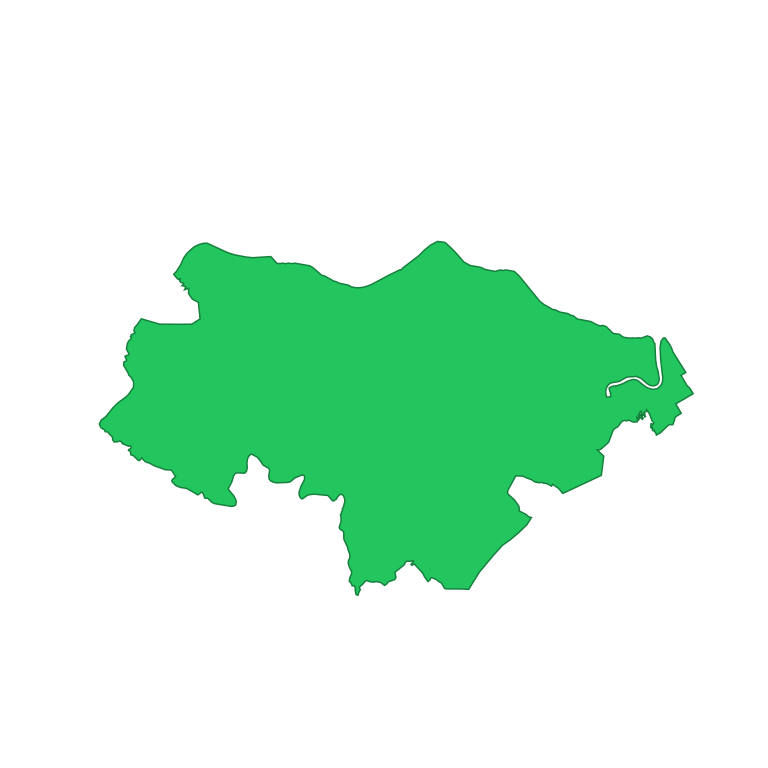 the district of Yangon (East), Yangon, Myanmar, rotated 237°
{"feature_id": "60261553B46723390806239", "entity_name": "Yangon (East)", "entity_type": "district", "adm_level": 2, "iso_a3": "MMR", "parent_name": "Myanmar", "parent_adm1": "Yangon", "projection": "orthographic", "projection_center": [96.224, 16.895], "detail": "fine", "context": "isolated", "style": "filled", "palette": "green", "viewbox_px": 768, "rotation_deg": 237, "n_neighbors": 0, "source": "geoboundaries", "source_scale": "gbopen_adm2", "svg_char_len": 6171}
<svg xmlns="http://www.w3.org/2000/svg" viewBox="0 0 768 768"><g transform="rotate(237 384 384)"><path d="M590.5,267.4L585.0,268.0L583.5,268.6L583.5,270.3L582.5,270.1L581.7,268.8L580.0,268.9L577.7,270.6L576.9,270.5L576.5,268.1L575.0,269.7L573.1,270.6L571.7,268.1L570.6,272.2L566.2,269.3L560.4,269.4L558.7,269.9L553.6,272.8L538.8,265.2L538.8,255.5L545.0,245.7L556.4,228.4L570.8,216.0L568.0,208.8L567.2,205.7L565.0,203.3L562.5,203.1L562.9,199.0L562.5,199.0L562.0,197.5L561.6,197.1L560.6,197.5L559.6,195.9L559.1,193.3L557.8,190.9L553.6,187.0L548.6,186.6L547.6,186.0L548.3,181.9L544.2,181.1L543.6,180.4L544.2,178.1L543.4,177.1L541.3,175.8L532.4,175.4L530.6,174.8L527.1,175.6L522.4,175.1L521.2,174.7L517.6,171.9L514.5,164.3L513.7,160.8L513.2,151.3L512.6,148.1L511.6,143.5L508.1,132.8L507.8,127.5L505.5,123.5L502.5,122.9L501.1,123.0L497.8,124.6L496.0,124.2L493.9,126.4L491.4,126.4L488.2,127.3L486.4,126.9L484.9,126.0L482.3,126.2L480.5,129.5L480.2,131.1L479.1,132.2L476.3,132.2L476.4,132.7L475.0,133.1L470.9,136.0L470.3,137.8L468.9,137.7L467.9,136.7L468.0,134.1L467.5,133.5L465.3,134.6L462.5,133.1L460.4,134.8L453.6,136.4L453.0,137.6L454.0,140.6L449.5,141.3L447.5,142.3L446.0,143.8L440.1,147.1L431.1,154.0L428.2,158.1L427.3,158.9L419.7,158.7L419.2,154.8L418.8,153.6L418.2,153.2L416.8,153.1L412.2,154.1L408.2,156.8L404.8,160.7L403.1,162.1L392.4,167.5L392.6,172.2L391.5,172.8L385.9,171.5L384.2,173.9L378.5,175.2L375.8,176.9L364.4,189.4L363.4,191.7L363.4,193.8L365.9,196.1L368.5,196.8L372.3,197.1L379.4,196.2L381.0,196.3L384.6,202.8L388.9,207.9L389.9,210.2L389.9,211.5L389.0,213.1L385.4,218.1L385.1,219.1L385.7,221.1L388.2,223.7L392.1,225.8L395.3,228.5L396.4,229.9L397.4,232.2L397.5,234.3L397.1,234.9L391.8,237.8L387.2,238.4L381.9,238.4L375.9,241.5L373.8,241.0L369.7,237.3L366.9,235.9L364.4,236.2L362.0,237.7L359.7,239.9L354.2,249.1L353.0,252.0L353.8,258.2L352.3,265.8L350.9,267.0L349.8,267.1L347.1,265.2L343.4,258.6L339.7,254.1L337.6,252.6L335.2,251.9L332.6,252.3L332.1,253.7L332.4,259.1L331.7,261.4L329.5,265.6L321.0,276.3L314.0,277.2L313.3,278.4L313.4,281.3L314.6,283.4L315.2,286.1L315.1,287.8L312.7,289.3L308.4,288.2L306.1,286.4L303.0,283.0L301.8,280.8L300.6,280.6L300.0,278.9L298.7,277.8L298.1,276.3L295.3,275.2L291.8,272.8L288.0,268.2L286.0,268.0L284.0,269.3L281.7,269.5L275.6,265.8L267.2,264.6L263.6,263.3L260.5,262.8L257.1,260.9L255.2,258.0L253.2,256.4L248.8,255.1L244.2,254.6L242.7,253.6L240.1,249.8L237.6,247.5L234.9,247.9L232.1,247.4L230.9,249.3L227.3,248.4L227.0,247.6L222.7,245.9L221.0,247.1L223.3,249.9L224.4,252.1L226.7,252.5L227.2,253.3L227.7,257.2L229.0,261.5L228.5,262.4L225.5,264.8L223.3,267.7L222.7,269.6L220.0,272.6L219.0,273.3L214.8,274.8L214.8,277.0L215.5,279.2L215.5,281.1L214.1,286.5L215.2,288.6L220.1,290.6L221.4,302.9L222.4,303.9L223.1,306.0L222.7,307.1L220.7,310.0L220.4,311.5L219.6,312.3L218.9,311.9L218.7,310.3L217.9,308.4L216.7,308.7L216.6,311.4L204.2,313.5L200.5,313.0L194.5,313.2L194.6,315.9L196.0,317.9L195.8,318.4L191.6,321.4L188.1,322.5L185.8,323.8L180.6,323.5L179.3,323.7L178.3,324.5L169.3,338.3L165.6,343.1L174.2,361.3L180.9,383.0L184.2,395.5L184.6,405.0L186.0,416.3L188.2,427.3L191.7,434.9L194.1,432.9L197.2,432.1L204.0,428.2L205.1,429.3L208.1,430.6L216.0,430.2L224.0,428.1L225.9,428.5L227.7,430.6L235.2,444.5L231.0,450.4L228.1,452.1L223.4,455.6L219.7,457.2L216.5,460.6L215.5,462.9L214.1,463.6L212.0,466.2L207.1,468.9L208.0,470.8L201.2,473.6L194.9,474.3L194.7,475.4L189.0,516.5L203.8,529.0L212.6,526.9L211.6,528.4L211.2,530.5L212.8,540.7L220.4,551.0L221.0,552.9L220.8,557.0L222.7,562.0L222.9,564.0L222.5,566.1L221.1,566.9L220.3,569.6L216.1,572.5L214.4,575.8L215.6,576.5L215.1,577.8L215.5,578.6L216.9,577.6L217.8,577.5L218.6,578.0L217.4,578.8L217.5,579.3L216.6,579.7L217.2,580.2L218.9,580.3L218.1,581.2L218.2,581.5L218.8,582.1L219.8,581.5L221.2,583.6L220.9,584.7L220.3,584.1L218.9,583.8L217.3,582.1L216.6,582.2L215.9,580.8L213.8,581.3L214.2,582.7L216.4,582.6L216.4,583.3L217.8,584.3L217.5,584.9L216.5,584.7L215.6,585.1L214.4,584.8L214.4,585.6L215.5,585.6L216.7,586.5L218.4,586.4L218.7,586.8L218.1,588.7L219.4,590.1L214.3,590.4L207.3,588.8L204.2,589.0L203.7,587.3L205.0,586.7L205.2,586.2L202.3,584.1L201.9,584.4L202.2,585.5L201.5,585.2L201.2,584.4L200.2,585.0L199.1,583.9L198.0,584.3L197.9,585.5L195.7,585.0L194.7,585.3L192.8,584.6L192.5,589.1L194.7,600.7L192.6,604.1L195.4,607.9L197.3,609.6L197.7,612.4L197.5,617.3L208.4,617.9L207.5,638.0L213.6,638.2L217.4,637.3L229.5,637.8L229.3,643.4L250.4,643.7L254.0,643.8L257.2,644.7L261.4,645.1L269.5,644.8L270.1,644.1L270.4,643.4L269.2,639.9L264.2,635.4L253.6,629.2L236.8,620.9L233.7,618.2L232.0,615.6L231.2,610.6L232.6,607.3L234.5,605.1L237.5,602.8L240.2,601.5L248.4,598.8L249.9,597.9L251.7,596.1L252.5,594.5L253.8,589.3L254.2,584.2L255.8,578.3L257.5,574.8L258.2,571.2L257.7,570.5L256.5,569.9L252.6,568.9L249.8,567.2L251.7,563.6L255.2,564.8L258.4,567.0L260.0,569.1L261.2,571.8L261.3,574.0L260.9,576.0L258.1,582.5L257.5,591.5L252.9,599.8L248.6,602.7L240.6,605.0L237.7,606.5L235.3,609.5L234.8,612.6L235.1,613.9L236.1,615.6L238.3,617.6L245.5,620.8L250.4,622.2L256.7,625.2L270.4,633.2L271.7,632.9L275.6,633.8L278.6,632.9L281.0,630.9L282.4,624.6L284.1,622.7L285.7,619.5L287.2,617.7L289.0,614.5L292.9,610.2L297.7,608.4L301.0,604.3L302.5,603.5L310.7,601.7L312.2,600.9L314.0,599.3L314.7,597.5L317.1,595.1L323.6,591.6L333.3,581.5L338.1,579.9L339.7,578.3L343.0,576.5L348.6,570.6L352.7,568.2L354.2,566.3L363.9,561.3L368.7,559.7L401.0,556.2L407.4,554.6L413.0,548.7L414.6,545.3L416.3,543.7L417.9,538.6L418.7,537.6L425.2,531.0L428.3,529.3L430.1,527.7L436.5,520.8L442.8,517.4L454.3,515.8L462.2,514.2L468.8,512.5L470.3,511.5L474.4,506.5L475.1,499.0L474.4,491.3L472.6,483.0L471.1,462.8L470.3,461.0L471.1,459.4L472.6,447.6L474.3,427.4L475.9,420.6L477.4,417.3L479.2,413.9L481.5,411.3L483.2,409.6L486.3,408.0L492.9,401.3L496.0,399.5L497.7,397.9L507.4,392.8L509.0,391.0L520.2,387.8L523.5,386.2L533.9,375.0L535.4,371.8L537.2,370.0L538.7,366.7L540.5,364.9L542.0,361.7L543.6,359.9L552.5,358.5L561.4,342.7L565.5,337.6L573.5,329.2L579.2,324.5L598.5,312.3L600.5,308.8L601.9,303.9L602.4,299.5L601.8,294.8L600.9,289.9L598.8,284.6L595.1,279.0L591.5,271.3L590.5,267.4Z" fill="#22c55e" stroke="#15803d" stroke-width="1.5"/></g></svg>